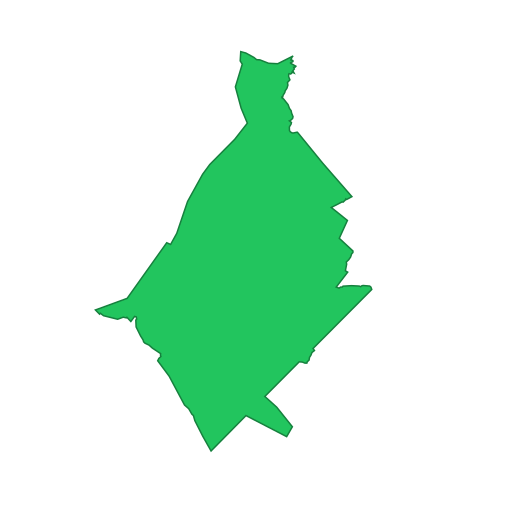 Santiago Niltepec, Oaxaca, Mexico (orthographic projection), rotated 123°
{"feature_id": "50627088B55269225316666", "entity_name": "Santiago Niltepec", "entity_type": "district", "adm_level": 2, "iso_a3": "MEX", "parent_name": "Mexico", "parent_adm1": "Oaxaca", "projection": "orthographic", "projection_center": [-94.638, 16.52], "detail": "medium", "context": "isolated", "style": "filled", "palette": "green", "viewbox_px": 512, "rotation_deg": 123, "n_neighbors": 0, "source": "geoboundaries", "source_scale": "gbopen_adm2", "svg_char_len": 1940}
<svg xmlns="http://www.w3.org/2000/svg" viewBox="0 0 512 512"><g transform="rotate(123 256 256)"><path d="M436.2,202.4L444.0,187.5L395.3,177.5L390.8,131.9L379.4,132.5L371.5,156.3L369.0,172.1L321.2,162.1L319.7,159.3L319.2,156.7L318.1,155.0L316.9,155.4L314.4,154.8L311.9,155.9L309.3,155.9L306.5,156.5L303.4,155.5L302.5,157.8L221.0,140.7L219.5,142.7L219.3,144.3L222.4,150.1L223.3,151.0L224.7,151.5L225.0,153.1L228.9,159.8L233.9,166.6L235.0,166.7L236.1,168.2L237.7,168.8L238.4,171.8L219.6,170.3L219.7,173.0L213.5,175.5L211.9,177.0L208.7,176.2L205.4,176.1L201.9,177.0L200.4,176.6L199.0,177.4L195.8,195.8L176.4,198.7L174.3,219.3L163.8,213.3L163.4,212.3L160.6,211.6L159.2,211.8L159.3,210.8L154.0,207.9L141.7,251.0L129.9,287.8L129.7,288.9L132.7,291.9L133.1,292.9L133.2,294.8L132.5,296.3L129.6,298.3L126.3,298.4L124.7,299.0L124.5,301.6L123.2,300.8L120.8,300.2L119.0,300.8L116.8,303.9L115.0,305.7L114.0,308.3L111.6,311.5L109.3,318.3L109.2,320.4L108.6,320.9L108.0,320.2L106.6,320.8L103.2,320.9L101.5,321.5L98.6,321.4L95.3,322.3L93.4,324.1L89.8,323.5L87.9,326.2L85.9,327.5L85.1,327.6L84.6,326.2L83.5,325.6L82.1,325.9L81.8,323.8L80.6,326.0L78.3,325.7L77.2,327.2L76.2,326.0L75.1,325.9L75.5,332.0L75.1,332.3L73.1,331.0L72.3,331.1L72.0,331.9L72.6,333.6L69.4,334.1L68.0,333.8L82.9,342.5L87.5,350.4L89.4,359.6L91.0,362.4L90.6,366.0L91.3,375.1L92.9,380.1L101.0,375.5L102.6,372.0L125.4,365.4L140.1,349.0L149.3,335.6L169.7,337.4L204.4,344.6L216.4,345.3L247.5,343.1L280.1,334.8L292.8,333.9L293.5,338.1L361.7,341.0L388.7,361.3L390.0,355.5L388.8,355.3L389.1,351.3L384.4,337.6L379.6,334.0L378.5,331.0L377.7,330.9L379.1,325.3L372.8,324.9L372.3,323.2L373.9,321.7L375.2,321.9L380.8,317.9L385.9,309.3L387.9,305.0L389.2,303.5L389.6,301.6L389.0,297.3L389.7,292.7L389.8,282.8L391.2,282.1L392.1,281.0L394.8,281.7L397.4,281.4L404.1,263.4L419.9,234.8L420.7,229.3L423.6,223.6L423.9,221.6L427.4,217.6L436.2,202.4Z" fill="#22c55e" stroke="#15803d" stroke-width="1.5"/></g></svg>